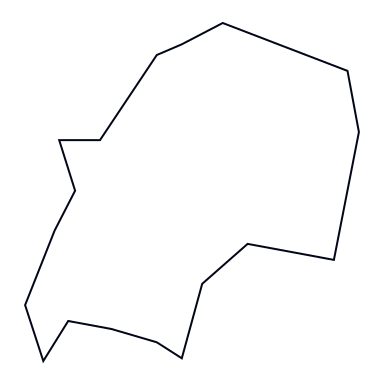 SVG path tracing the border of Marikina
{"feature_id": "PHL-5550", "entity_name": "Marikina", "entity_type": "Highly Urbanized City", "adm_level": 1, "iso_a3": "PHL", "parent_name": "Philippines", "parent_adm1": "", "projection": "natural_earth1", "projection_center": [121.115, 14.636], "detail": "fine", "context": "isolated", "style": "outline", "palette": "ink", "viewbox_px": 384, "rotation_deg": 0, "n_neighbors": 0, "source": "natural_earth", "source_scale": "10m", "svg_char_len": 344}
<svg xmlns="http://www.w3.org/2000/svg" viewBox="0 0 384 384"><path d="M222.7,23.0L347.5,70.9L358.9,132.1L333.9,259.9L247.6,243.9L202.2,283.8L181.8,358.3L156.8,342.3L111.4,329.0L68.2,321.0L43.3,361.0L25.1,305.1L54.6,230.6L75.1,190.7L59.2,140.1L100.0,140.1L156.8,55.0L181.8,44.3L222.7,23.0Z" fill="none" stroke="#020617" stroke-width="2"/></svg>